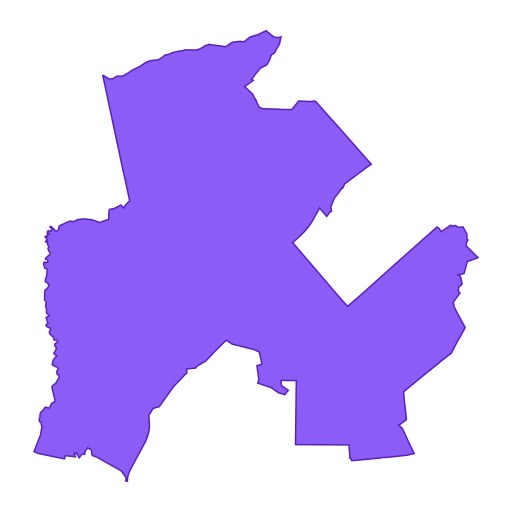 the district of Lubes pag., Talsi, Latvia
{"feature_id": "27541924B36241306566640", "entity_name": "Lubes pag.", "entity_type": "district", "adm_level": 2, "iso_a3": "LVA", "parent_name": "Latvia", "parent_adm1": "Talsi", "projection": "mercator", "projection_center": [22.601, 57.453], "detail": "fine", "context": "isolated", "style": "filled", "palette": "violet", "viewbox_px": 512, "rotation_deg": 0, "n_neighbors": 0, "source": "geoboundaries", "source_scale": "gbopen_adm2", "svg_char_len": 5757}
<svg xmlns="http://www.w3.org/2000/svg" viewBox="0 0 512 512"><path d="M478.0,257.7L466.2,245.9L466.5,242.8L467.9,239.9L466.9,239.3L466.9,234.1L462.9,226.8L461.3,227.2L457.8,227.2L457.1,226.9L456.7,226.3L455.7,225.6L454.7,225.5L453.7,225.7L452.5,226.5L451.2,225.2L449.6,225.9L441.2,231.6L439.4,228.8L437.0,227.0L396.2,263.2L360.4,295.3L347.5,306.4L334.9,292.0L320.7,275.3L292.6,242.6L299.9,236.1L301.7,234.4L305.5,230.4L307.8,227.7L310.3,224.2L313.2,219.5L319.6,208.1L326.7,216.4L330.1,211.8L331.5,211.4L330.8,206.9L334.4,198.0L337.9,193.7L342.1,187.9L342.7,188.1L344.7,183.7L346.4,182.6L366.9,167.2L371.3,164.3L332.6,120.4L332.4,120.4L315.7,101.4L314.3,101.2L314.4,101.3L309.8,101.5L298.7,101.0L292.5,108.6L291.9,109.6L279.7,109.4L279.6,109.2L276.4,109.1L262.6,108.7L258.9,106.9L256.1,100.7L256.3,100.6L254.9,98.5L254.7,98.5L252.8,94.3L244.7,86.6L253.3,80.3L251.7,79.2L255.8,73.7L260.4,68.2L266.7,64.9L269.4,60.5L271.3,55.1L274.5,52.9L279.8,43.2L279.8,42.4L281.0,36.8L278.8,37.6L273.8,37.0L266.1,30.7L257.6,34.8L250.1,36.9L244.0,41.8L240.1,41.3L232.3,42.2L225.7,46.7L208.5,44.4L208.0,44.8L204.9,45.8L202.1,47.8L200.8,48.3L199.1,49.2L198.3,49.5L194.5,50.1L190.5,49.9L187.9,50.0L186.0,49.8L184.7,50.0L183.0,50.6L181.5,50.9L178.1,51.3L171.6,52.9L170.1,53.8L168.6,54.4L165.3,55.0L163.8,55.9L162.7,57.2L161.3,58.1L159.8,58.9L158.4,59.8L156.7,60.1L155.0,60.1L151.7,60.5L150.0,60.8L146.8,61.9L142.5,64.6L139.7,66.5L132.1,70.3L127.9,73.1L123.6,75.6L122.0,76.2L118.6,76.1L116.9,76.2L112.6,78.8L110.9,79.0L109.2,78.8L107.7,78.1L104.8,76.2L103.2,75.5L102.8,75.5L122.7,168.9L126.2,184.4L129.7,201.0L129.1,201.6L129.0,201.4L126.3,204.0L123.7,208.0L121.0,205.0L113.7,208.7L109.4,209.4L108.9,211.9L108.8,213.9L108.8,219.2L99.7,222.5L91.9,219.7L83.8,218.9L77.8,219.5L76.2,220.4L73.2,221.7L69.9,221.0L59.3,225.9L59.0,226.8L59.0,227.2L58.8,227.7L58.7,229.3L58.1,230.0L57.5,230.3L57.0,231.0L55.9,231.2L55.2,230.8L54.6,229.8L53.2,228.3L52.6,228.1L51.2,226.8L50.3,226.4L50.1,226.6L50.0,227.0L51.3,228.0L51.6,230.1L51.6,230.6L51.5,230.8L50.9,231.1L48.4,230.8L47.6,231.3L47.4,231.6L47.4,232.4L48.4,233.1L48.8,233.6L48.9,234.0L48.6,234.1L48.3,233.7L47.3,233.8L47.4,236.6L46.1,236.3L45.1,236.5L45.1,236.9L45.3,237.2L47.3,239.7L47.3,240.1L46.7,240.4L45.5,241.5L45.8,241.9L47.3,241.8L47.4,244.1L47.6,244.7L48.0,245.4L48.9,246.4L48.8,246.9L48.1,248.1L48.0,248.6L48.4,250.3L50.4,253.4L50.3,253.8L50.0,254.2L45.9,257.9L45.3,258.7L45.4,259.1L47.9,260.2L47.9,260.9L47.6,261.9L46.3,262.7L44.8,262.0L44.1,262.0L43.6,264.3L43.8,265.3L44.4,266.5L44.8,267.9L45.0,268.2L45.3,268.5L46.4,268.8L47.1,269.2L47.3,269.7L46.4,277.0L45.9,278.0L45.4,279.3L45.4,280.2L45.2,281.2L45.3,281.5L45.9,282.2L47.1,282.7L48.1,284.0L48.9,284.0L49.0,284.1L49.0,284.9L48.7,286.0L48.0,287.0L47.9,287.6L47.4,288.1L47.3,288.5L46.8,289.0L45.5,289.5L45.3,289.7L44.6,292.1L44.7,294.4L44.5,299.7L45.2,300.6L46.3,302.5L46.0,303.4L45.8,304.9L45.5,305.5L46.2,307.9L46.6,308.6L46.4,311.9L46.9,313.7L48.4,314.8L49.0,315.5L48.9,315.9L48.8,316.2L47.1,316.8L46.3,317.3L46.1,317.7L46.2,318.1L47.0,319.8L47.2,321.7L47.9,322.9L47.6,323.5L46.0,325.0L46.0,325.5L46.8,326.6L49.4,327.9L49.8,327.9L50.1,328.2L50.3,329.5L50.6,329.8L50.6,330.1L49.4,331.4L49.5,333.2L50.1,334.2L53.6,337.5L53.7,337.8L53.7,339.2L53.8,339.6L54.1,340.0L54.5,340.1L56.4,339.9L56.9,340.3L57.6,341.7L57.5,342.0L56.5,342.7L54.9,344.0L54.7,345.5L56.4,348.0L56.5,348.5L54.6,352.1L53.9,353.0L54.1,353.8L54.3,354.1L55.1,354.8L56.2,355.2L56.6,355.5L56.7,355.8L56.0,356.8L54.6,358.1L53.2,360.1L52.9,361.7L52.2,364.6L52.9,365.2L53.8,365.5L54.9,366.4L56.9,367.0L58.0,368.2L58.1,368.6L57.9,369.3L57.1,370.8L56.8,371.5L56.9,373.4L57.2,374.3L57.4,374.6L58.9,375.3L59.0,375.5L59.0,376.3L59.2,376.8L58.8,378.0L57.6,380.0L57.4,380.4L55.9,383.1L52.5,385.9L52.0,386.8L52.0,387.0L51.9,387.4L51.9,387.7L52.2,388.3L52.2,388.7L52.7,390.7L52.9,390.9L52.9,391.5L53.2,392.2L53.2,392.7L53.5,393.8L53.5,394.3L53.8,395.8L54.0,396.1L54.1,396.9L54.9,399.8L55.0,400.5L55.0,401.2L54.5,401.9L53.9,402.0L52.8,402.8L52.2,402.9L51.6,403.5L50.9,404.7L50.8,405.0L50.1,406.7L49.6,407.7L49.2,408.0L47.1,407.7L45.8,407.2L45.1,407.3L43.1,410.1L40.6,412.5L40.2,413.8L40.0,414.5L40.1,415.9L40.0,416.6L39.4,418.6L39.2,419.9L39.3,421.3L39.8,421.9L40.4,422.0L40.9,422.6L41.7,426.0L41.8,427.4L40.4,435.2L34.0,451.6L38.4,453.5L64.5,458.9L65.4,455.7L75.5,456.8L74.2,453.6L76.2,452.8L76.9,454.2L78.0,455.4L78.9,457.5L79.2,457.8L81.2,455.2L82.4,454.2L84.1,454.1L84.6,454.4L84.9,452.2L85.2,451.3L87.6,447.9L90.9,449.5L91.2,449.8L91.4,450.2L91.6,451.0L91.7,452.7L91.9,454.6L92.2,455.2L92.6,455.5L93.2,455.9L96.6,457.0L121.4,471.0L126.2,477.9L125.7,480.4L125.7,480.8L125.9,481.0L127.4,481.3L127.5,479.0L127.7,477.2L128.6,473.8L129.1,472.3L132.4,465.8L144.9,442.6L146.0,440.3L147.6,436.2L148.4,433.4L148.9,431.1L149.4,427.6L149.4,425.2L149.4,423.3L148.8,415.4L153.1,408.4L159.2,406.7L173.4,386.8L182.4,377.3L186.8,372.9L186.7,368.9L195.5,368.1L197.3,366.0L205.7,361.1L212.2,354.3L212.1,354.2L226.3,340.1L232.1,344.1L254.2,349.6L259.2,352.0L260.2,355.9L261.9,364.2L256.9,365.7L258.3,375.7L258.9,379.4L257.7,383.1L271.3,387.7L278.2,392.6L284.7,394.7L288.3,390.3L281.5,385.6L281.0,380.4L296.4,380.6L296.2,388.7L295.5,444.6L349.0,444.9L349.9,457.6L350.0,457.5L351.8,460.7L379.5,458.1L382.5,457.6L389.5,457.1L407.3,455.2L414.2,453.5L408.2,441.2L402.6,428.8L398.8,425.0L399.7,424.7L406.4,419.6L405.0,405.6L404.3,401.0L403.6,391.8L411.9,384.9L420.9,377.6L429.8,370.1L429.9,370.3L435.4,365.8L438.1,363.7L440.3,361.7L451.3,353.2L456.4,343.4L459.3,338.2L460.5,336.3L464.7,328.4L465.2,327.6L456.5,311.5L454.2,306.9L453.2,302.3L459.3,293.8L459.3,293.7L460.0,293.2L458.4,291.1L458.5,291.0L458.6,287.4L462.1,284.2L460.5,276.3L458.2,274.8L464.0,273.6L467.3,261.6L478.0,257.7Z" fill="#8b5cf6" stroke="#5b21b6" stroke-width="1.5"/></svg>